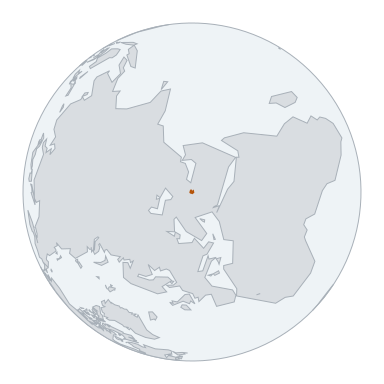 Al-Qādisiyyah on an orthographic globe, rotated 227°
{"feature_id": "IRQ-3224", "entity_name": "Al-Qādisiyyah", "entity_type": "Province", "adm_level": 1, "iso_a3": "IRQ", "parent_name": "Iraq", "parent_adm1": "", "projection": "orthographic", "projection_center": [44.995, 31.829], "detail": "fine", "context": "on_globe", "style": "filled", "palette": "amber", "viewbox_px": 384, "rotation_deg": 227, "n_neighbors": 0, "source": "natural_earth", "source_scale": "10m", "svg_char_len": 10851}
<svg xmlns="http://www.w3.org/2000/svg" viewBox="0 0 384 384"><g transform="rotate(227 192 192)"><circle cx="192" cy="192" r="169" fill="#eef3f6" stroke="#a8b0b8"/><path d="M190.8,23.0L209.2,24.2L216.9,25.0L213.9,24.9L229.6,27.3L238.1,29.5L240.6,30.2L227.0,26.8L224.7,26.4L231.8,28.1L231.0,28.2L234.0,29.2L232.4,29.3L224.5,27.8L223.3,27.9L228.4,29.2L230.0,30.4L222.7,28.5L224.8,30.6L211.9,29.5L193.6,26.0L185.3,27.1L163.4,28.7L164.2,29.4L156.5,31.0L154.6,32.5L151.1,32.8L152.6,33.8L156.2,33.3L158.0,33.7L157.2,34.6L152.6,35.0L152.3,34.6L150.6,35.3L148.6,35.1L149.1,35.7L143.6,36.4L147.8,37.3L142.4,39.1L139.1,39.2L141.1,37.1L138.3,33.7L135.6,34.0L129.7,35.9L115.2,43.4L111.4,44.8L105.2,48.2L106.4,48.0L111.8,45.5L112.6,46.5L119.0,43.7L120.3,43.9L126.3,42.3L123.5,44.9L117.7,48.4L112.6,50.1L109.9,51.9L113.2,52.5L102.3,58.2L92.7,67.0L90.1,68.5L87.6,66.9L91.4,60.9L88.2,60.5L88.4,63.3L81.8,67.8L80.0,69.8L79.2,71.3L81.0,70.7L78.4,73.0L77.2,70.6L79.5,68.5L79.9,69.1L81.6,66.6L80.8,65.8L77.5,68.5L79.7,65.8L79.0,66.4L88.4,58.5L98.4,51.4L108.8,44.9L119.7,39.3L130.9,34.5L142.5,30.4L154.4,27.3L166.4,25.0L178.6,23.6L190.8,23.0ZM23.2,199.6L23.9,207.0L26.2,220.7L27.6,229.5L28.0,232.7L24.8,216.2L23.2,199.6ZM222.6,25.8L218.7,25.2L222.7,25.9L222.6,25.8ZM234.7,29.3L236.1,29.6L237.0,30.1L234.7,29.3ZM127.3,41.0L126.8,41.6L126.0,41.6L127.3,41.0ZM130.4,39.8L129.9,39.4L131.3,38.8L131.6,39.1L130.4,39.8ZM235.5,30.8L236.6,31.7L234.1,30.4L235.5,30.8ZM130.8,40.6L133.8,37.8L136.2,36.8L139.5,37.2L130.8,40.6ZM236.4,32.0L239.3,34.6L242.5,35.3L234.9,35.4L235.0,32.9L231.3,31.1L234.8,32.1L236.4,32.0ZM157.6,32.7L153.8,33.3L157.7,32.0L157.6,32.7ZM159.7,31.9L169.1,28.1L174.4,28.0L170.2,29.1L177.6,28.7L175.6,30.4L171.0,31.1L168.0,30.7L169.5,31.7L159.7,31.9ZM230.2,35.3L229.7,35.8L228.7,35.0L230.2,35.3ZM159.1,33.7L160.5,32.8L165.2,32.7L163.2,34.4L162.3,33.9L159.1,33.7ZM180.6,27.8L183.7,28.2L182.9,29.7L184.0,30.1L176.0,30.5L180.6,27.8ZM160.8,34.4L162.0,35.4L159.1,36.4L158.0,34.6L160.8,34.4ZM167.2,31.9L169.4,32.0L167.5,32.5L167.2,31.9ZM149.3,41.2L151.0,39.8L153.5,39.6L149.3,41.2ZM162.6,35.7L163.6,35.3L164.8,35.2L165.0,36.0L162.6,35.7ZM175.9,31.6L174.9,32.3L179.2,31.5L178.7,32.8L173.5,32.9L175.6,33.4L175.4,33.9L171.3,33.5L175.9,31.6ZM168.8,36.5L161.9,37.5L158.3,39.9L155.9,40.2L162.1,36.3L168.8,36.5ZM170.6,34.7L168.9,35.8L166.8,35.4L166.6,34.4L170.6,34.7ZM180.3,33.7L182.4,31.7L183.5,31.7L180.3,33.7ZM168.1,37.2L169.8,37.0L168.1,37.4L168.1,37.2ZM177.1,34.8L177.6,34.0L178.9,34.1L177.1,34.8ZM172.7,37.3L170.4,37.6L170.3,36.8L172.7,37.3ZM175.0,36.2L176.5,36.5L171.5,36.4L175.1,35.8L175.0,36.2ZM178.1,35.0L179.0,34.8L177.7,35.4L178.1,35.0ZM174.6,40.1L168.3,40.2L167.9,38.4L174.1,38.6L174.6,40.1ZM51.8,223.4L46.9,195.1L51.4,188.3L53.6,177.3L85.6,153.7L90.7,158.8L114.0,162.6L116.6,165.0L112.1,173.1L128.2,188.9L135.5,182.8L151.8,191.8L163.8,193.1L171.2,176.9L151.6,174.5L149.9,165.9L167.0,160.8L184.4,163.4L184.3,160.2L174.8,152.1L180.3,146.7L171.7,148.9L174.0,152.5L168.7,154.1L166.2,151.1L168.2,149.1L163.4,147.1L155.0,157.5L156.5,162.2L142.9,162.1L144.2,170.2L140.0,173.0L136.3,160.6L137.8,156.5L129.8,142.0L127.0,146.1L134.4,160.3L131.4,158.7L127.7,165.1L128.2,159.0L120.8,143.1L109.6,142.4L92.7,154.9L86.6,153.7L82.8,147.9L91.6,132.0L104.0,136.4L107.3,131.6L107.1,122.3L110.9,124.7L112.3,121.7L117.2,123.2L126.4,118.0L131.7,118.9L137.5,110.4L141.0,109.9L136.6,114.9L136.4,119.2L149.9,122.1L153.2,120.7L155.8,115.1L159.2,116.9L160.1,111.1L168.9,110.5L158.8,106.7L161.7,100.7L168.2,97.1L167.3,94.7L156.7,100.7L154.1,103.8L154.8,107.5L146.2,116.3L141.0,116.8L143.2,105.6L136.2,105.4L141.0,97.4L166.6,84.9L176.2,83.6L187.6,93.5L184.1,96.9L178.3,94.8L181.7,102.0L182.3,98.9L185.2,100.6L188.6,95.9L190.7,96.9L190.3,90.9L193.4,91.7L193.6,95.5L201.2,89.9L208.1,90.5L208.8,88.8L207.6,86.8L217.2,89.3L217.2,88.0L214.2,86.6L212.3,83.2L212.8,78.3L216.1,79.4L216.3,81.3L221.8,87.3L222.1,92.6L223.4,92.6L224.0,88.3L217.3,80.9L216.7,77.7L220.4,80.7L219.0,79.4L219.7,78.1L223.5,78.1L219.6,74.7L223.0,61.4L230.6,60.6L233.5,64.4L239.3,57.8L247.5,58.3L244.6,56.9L245.5,53.5L242.9,53.2L241.6,52.3L242.6,44.5L245.4,43.9L242.5,39.9L241.1,39.3L238.9,39.4L234.9,35.4L242.5,35.3L245.5,36.5L248.3,36.0L254.6,39.2L261.2,42.0L266.5,46.5L271.2,48.6L271.8,48.2L278.6,51.2L290.7,59.6L278.5,54.5L259.8,44.4L267.2,48.4L264.8,48.2L267.1,50.2L272.4,53.2L273.4,53.1L278.2,63.2L289.6,74.7L290.5,71.1L294.8,72.4L308.5,84.7L320.8,109.1L326.7,112.9L329.5,117.0L329.9,121.8L325.8,115.9L322.8,115.9L320.4,112.1L319.6,118.6L316.2,113.5L317.2,121.4L320.9,124.3L322.9,120.2L325.3,129.8L332.0,133.8L336.9,142.2L339.2,163.3L335.5,173.6L336.1,176.8L332.5,175.8L330.9,184.3L340.1,196.2L341.0,200.9L336.9,214.4L336.3,211.1L326.8,208.3L327.3,220.4L334.6,225.2L337.1,234.3L332.6,234.3L329.7,226.5L326.3,225.2L325.6,215.1L319.7,202.5L314.9,208.3L313.7,202.3L304.9,193.1L297.2,201.0L286.0,222.6L287.0,238.1L282.0,246.5L269.6,227.7L265.0,213.2L259.9,216.0L247.6,205.3L224.7,208.0L222.0,204.2L217.5,206.6L209.0,203.2L205.0,196.6L199.6,197.4L210.3,214.4L216.2,213.7L221.8,206.4L223.6,212.6L232.0,217.2L220.8,233.2L187.6,247.5L185.4,235.8L165.2,201.8L166.3,198.1L166.3,197.7L166.1,196.9L163.3,202.8L160.1,196.0L169.8,220.0L171.1,229.9L187.2,248.2L185.4,250.0L190.9,253.6L209.6,248.7L209.5,252.6L200.1,270.2L175.0,292.1L178.9,306.1L178.1,317.1L163.8,323.1L166.5,330.9L159.3,332.7L159.7,336.6L154.7,339.9L145.9,342.0L129.3,338.5L127.2,335.1L117.3,326.2L103.0,304.5L106.0,296.4L104.1,288.3L92.2,266.7L94.7,257.0L91.9,251.4L85.7,250.3L82.5,243.5L79.0,241.9L57.5,234.6L51.8,223.4ZM72.8,169.0L71.5,172.1L71.4,172.1L72.8,169.0ZM201.8,174.9L212.9,175.3L209.6,164.8L213.6,164.2L211.0,161.0L209.3,164.1L203.3,155.3L208.6,152.1L208.2,147.6L204.4,147.3L195.5,154.6L204.1,166.9L200.9,171.3L201.8,174.9ZM81.9,67.9L81.9,68.2L80.7,70.0L80.2,69.8L81.9,67.9ZM81.4,75.4L77.2,79.0L79.9,76.1L78.4,76.2L82.3,70.6L89.0,69.0L85.3,70.6L81.4,75.4ZM89.3,63.3L86.1,66.6L89.4,63.1L89.3,63.3ZM115.3,105.2L116.2,107.8L113.2,110.7L106.5,110.8L110.7,106.4L115.3,105.2ZM118.2,111.0L122.3,100.5L126.6,100.5L123.5,102.2L126.0,103.2L121.6,106.3L121.8,117.0L119.2,120.4L108.2,117.9L113.2,116.7L112.0,114.0L118.2,111.0ZM124.9,77.7L126.7,74.3L133.8,78.5L131.3,81.3L124.4,81.2L123.3,77.8L124.9,77.7ZM136.0,42.2L136.2,41.4L137.5,41.2L138.4,41.7L136.0,42.2ZM149.9,40.6L136.3,46.0L135.9,45.2L128.5,49.8L124.4,49.7L129.4,46.6L120.7,50.2L123.6,47.4L117.9,50.2L129.3,43.3L131.5,41.2L130.6,43.5L134.2,43.6L136.4,43.1L144.4,40.1L151.0,36.1L155.7,36.0L157.2,37.0L156.3,37.9L153.6,37.6L154.4,39.1L149.8,39.4L149.9,40.6ZM172.5,54.2L169.7,52.5L170.5,57.4L165.9,57.0L166.3,57.6L162.2,58.6L158.0,61.1L156.1,60.5L155.3,61.8L152.6,62.6L150.8,64.2L146.8,63.9L144.3,65.9L143.9,64.6L140.6,68.2L141.3,65.4L137.8,66.5L139.0,68.7L122.1,64.8L114.5,66.0L107.8,68.8L109.9,64.2L117.4,58.8L127.3,54.3L134.3,54.0L134.0,52.2L137.2,51.7L136.1,53.3L139.8,50.5L142.2,50.5L150.9,47.8L154.7,44.1L158.0,43.2L157.7,44.7L161.2,42.8L162.9,45.1L165.3,44.6L169.4,46.6L167.5,50.1L170.3,49.3L173.6,51.0L172.5,54.2ZM175.6,40.8L174.4,44.5L171.3,46.3L165.4,42.2L163.0,42.3L159.2,40.2L163.8,37.8L164.5,38.6L166.2,38.8L164.1,39.5L167.1,39.2L168.1,40.3L170.7,40.4L169.6,41.6L175.6,40.8ZM120.7,162.5L123.0,163.5L126.7,164.1L124.4,168.4L120.7,162.5ZM115.5,151.8L117.7,151.8L116.3,157.7L114.0,156.8L115.5,151.8ZM120.1,147.1L117.9,151.4L117.7,148.5L120.1,147.1ZM138.7,114.8L141.2,114.7L141.0,116.1L139.1,117.8L138.7,114.8ZM174.0,70.2L172.9,68.6L173.9,68.1L174.8,64.0L178.3,64.2L179.1,66.8L174.0,70.2ZM167.2,179.5L163.0,182.3L161.5,180.6L163.2,179.9L167.2,179.5ZM142.2,175.6L147.3,178.7L141.5,176.8L142.2,175.6ZM177.9,69.8L177.9,68.0L179.7,69.2L177.9,69.8ZM180.9,64.2L183.2,65.3L178.8,63.8L180.9,64.2ZM237.3,353.6L238.7,353.6L235.9,354.3L237.3,353.6ZM207.6,315.3L197.6,333.3L189.4,333.4L187.2,328.5L190.4,317.6L199.7,314.3L204.1,308.9L207.6,315.3ZM352.1,240.1L353.3,238.4L353.1,239.1L352.1,240.1ZM351.0,240.2L352.6,237.8L350.5,242.1L351.0,240.2ZM353.2,236.9L354.8,232.9L355.6,230.7L355.2,232.3L353.2,236.9ZM349.8,242.0L341.5,251.1L337.8,252.9L339.1,249.6L345.1,244.5L349.8,242.0ZM338.8,249.9L332.6,248.3L321.4,235.0L325.5,232.9L336.6,237.8L336.0,240.4L339.7,242.7L338.8,249.9ZM352.2,223.9L351.5,230.8L347.3,235.4L345.2,236.6L343.8,230.1L344.6,225.1L346.5,223.3L351.6,201.8L353.8,202.6L352.7,210.9L354.4,214.3L352.2,223.9ZM287.9,239.3L292.2,246.8L289.2,249.4L287.9,239.3ZM352.2,188.8L351.1,198.1L351.6,187.0L352.2,188.8ZM351.6,179.4L352.4,182.3L351.0,180.5L351.6,179.4ZM337.5,181.2L335.6,183.9L334.8,181.7L336.7,177.0L337.5,181.2ZM340.5,149.5L343.3,156.0L343.9,158.6L341.7,155.6L340.5,149.5ZM207.8,72.1L202.7,77.2L201.3,81.7L204.1,85.2L197.9,82.8L200.0,75.8L207.8,72.1ZM220.8,62.5L218.2,59.9L220.7,59.8L221.7,60.4L220.8,62.5ZM218.2,61.7L212.5,60.8L212.0,58.7L216.6,59.7L218.2,61.7ZM195.1,64.6L193.3,66.1L191.9,64.9L195.1,64.6ZM330.1,289.4L333.0,284.7L333.6,283.9L337.5,276.7L346.3,260.8L353.6,241.3L353.7,241.0L349.3,253.8L343.8,266.1L337.4,278.0L330.1,289.4ZM354.9,235.1L357.1,226.9L357.7,224.7L354.9,235.1ZM360.5,204.9L360.5,203.7L360.8,199.8L360.5,204.9ZM360.8,199.6L360.4,201.3L360.9,195.5L360.9,196.2L360.8,199.6ZM359.1,212.2L358.9,214.1L358.6,213.9L359.1,212.2ZM359.5,209.8L360.1,208.1L359.4,211.5L359.5,209.8ZM355.3,214.2L355.8,217.2L357.5,211.5L356.2,217.5L356.8,221.9L356.2,225.1L355.8,220.1L354.8,228.1L354.0,229.4L354.0,223.9L355.1,214.9L355.8,210.4L358.5,203.5L355.3,214.2ZM359.7,205.0L359.5,201.2L359.6,197.5L359.9,198.9L359.7,205.0ZM357.8,192.8L356.1,189.9L355.3,194.0L356.2,182.3L357.8,187.0L357.8,192.8ZM355.2,183.1L354.5,187.0L354.7,180.6L355.2,183.1ZM353.9,185.7L353.0,182.2L354.0,181.1L353.9,185.7ZM355.7,182.3L354.5,175.6L355.7,178.5L355.7,182.3ZM350.6,174.6L353.9,177.3L350.9,179.1L347.3,167.3L348.3,165.2L350.6,174.6ZM334.1,117.0L331.9,114.3L331.8,111.9L333.4,114.4L334.1,117.0ZM329.6,102.7L331.1,110.4L331.9,117.1L333.3,117.4L336.4,123.7L332.6,120.4L329.5,111.8L329.5,107.7L326.3,102.9L324.4,97.8L319.9,92.9L318.0,89.7L322.0,93.0L329.6,102.7ZM317.9,91.0L309.4,81.9L310.8,80.2L313.0,81.7L316.3,86.5L315.4,87.1L317.9,91.0ZM307.8,79.4L306.8,80.0L292.3,70.7L289.6,68.4L301.3,73.9L301.0,74.9L304.4,77.7L307.8,79.4ZM231.5,36.2L229.9,35.9L231.2,35.7L231.5,36.2ZM240.2,52.3L238.6,51.1L240.2,50.7L240.2,52.3ZM235.2,47.6L234.4,48.8L233.9,47.1L235.2,47.6ZM233.0,51.8L233.5,49.1L235.0,52.4L233.0,51.8Z" fill="#d9dde1" stroke="#a8b0b8" stroke-width="1"/><path d="M192.5,190.3L192.9,190.4L192.9,190.5L193.0,190.5L193.0,190.8L193.3,191.0L193.6,191.2L193.7,191.3L193.8,191.6L193.8,191.8L193.9,192.1L194.0,192.5L193.9,192.6L193.4,192.4L192.7,192.3L192.1,192.4L192.1,192.5L192.3,192.6L192.2,192.8L192.0,193.4L192.0,193.7L191.8,193.6L191.3,193.2L190.8,193.0L190.6,192.8L190.6,192.7L190.8,192.6L190.8,192.3L190.8,192.1L190.8,191.6L190.8,191.4L191.0,191.4L191.0,191.2L191.3,191.1L191.5,191.1L191.5,190.9L191.8,190.7L192.0,190.6L192.3,190.4L192.5,190.3Z" fill="#f59e0b" stroke="#b45309" stroke-width="1.5"/></g></svg>